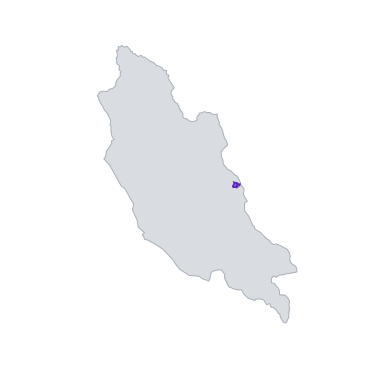 location of Zu'unburen, Selenge, Mongolia, rotated 54°
{"feature_id": "93677404B25826466624869", "entity_name": "Zu'unburen", "entity_type": "district", "adm_level": 2, "iso_a3": "MNG", "parent_name": "Mongolia", "parent_adm1": "Selenge", "projection": "robinson", "projection_center": [106.008, 49.971], "detail": "fine", "context": "in_parent", "style": "filled", "palette": "violet", "viewbox_px": 384, "rotation_deg": 54, "n_neighbors": 0, "source": "geoboundaries", "source_scale": "gbopen_adm2", "svg_char_len": 5059}
<svg xmlns="http://www.w3.org/2000/svg" viewBox="0 0 384 384"><g transform="rotate(54 192 192)"><path d="M32.2,162.5L33.4,162.5L35.3,161.3L35.7,159.7L36.3,158.8L40.7,158.4L42.6,158.9L43.0,157.9L43.4,157.7L44.4,158.6L45.4,158.2L46.2,157.8L46.9,156.6L48.4,156.8L51.1,155.5L51.2,153.2L52.2,152.6L54.5,152.2L54.9,151.1L55.4,150.8L57.1,150.5L60.1,149.3L61.5,149.2L62.6,148.2L65.3,146.8L69.3,146.2L69.6,145.5L73.3,143.4L77.1,143.3L78.3,141.5L78.9,141.3L81.4,143.5L82.5,143.2L83.0,142.4L84.6,142.4L85.1,143.9L86.0,144.5L97.2,145.1L97.5,145.7L98.0,149.2L99.9,150.9L100.4,151.7L103.5,151.4L105.2,152.8L107.9,152.7L109.2,153.1L111.9,151.8L112.6,151.8L113.3,152.5L114.7,152.0L117.1,153.2L119.0,153.0L119.8,153.5L121.0,153.1L123.7,153.4L125.8,155.3L127.3,155.2L129.1,153.9L129.7,153.1L132.3,152.6L133.8,151.8L134.8,151.0L136.4,148.2L136.8,145.4L135.5,145.0L134.4,144.0L133.8,142.5L133.8,141.4L132.6,139.8L132.8,139.0L133.6,137.6L134.0,135.4L135.0,134.1L136.8,133.4L137.0,132.5L138.2,130.8L141.1,129.8L142.7,127.9L143.7,125.9L145.0,126.9L148.6,128.3L151.6,128.9L153.5,130.3L158.8,130.7L167.6,134.1L169.5,133.9L174.7,135.3L175.2,135.8L175.1,138.3L175.5,139.0L175.6,141.7L176.6,143.1L176.2,144.8L176.7,145.3L178.0,145.5L180.1,147.2L184.8,148.4L186.2,149.5L189.4,150.3L191.1,149.8L193.8,150.1L194.8,149.9L196.5,148.6L197.6,148.2L203.8,147.2L205.5,146.3L206.7,146.1L211.5,147.0L214.9,148.2L219.7,148.1L222.0,149.5L223.0,150.9L224.9,152.1L231.6,152.6L232.0,152.9L231.9,155.8L232.2,156.3L236.6,159.5L238.6,160.5L244.8,160.3L254.4,162.4L256.7,161.8L258.7,162.8L259.5,162.7L265.6,160.1L266.5,160.2L273.0,159.2L277.0,157.8L280.1,157.9L282.5,156.8L283.5,154.5L287.5,151.9L294.5,148.6L298.9,149.1L301.5,150.3L304.3,152.6L305.9,153.3L308.7,153.5L312.8,151.8L314.9,152.2L316.9,153.0L318.3,154.2L312.5,166.5L312.5,167.3L310.6,169.8L310.4,174.0L307.9,175.4L308.3,177.8L309.0,178.7L311.9,181.0L312.8,180.7L313.6,179.7L315.1,178.9L318.0,179.1L320.4,178.7L323.6,179.5L326.5,181.5L330.4,177.2L334.2,176.7L337.7,177.3L340.5,180.1L343.8,181.4L344.7,183.1L346.1,183.7L346.5,184.5L350.6,187.8L351.5,189.9L352.7,191.4L352.8,193.0L352.6,193.8L351.0,194.6L345.5,194.2L342.2,192.7L341.0,193.5L336.8,193.2L334.5,193.8L332.9,194.4L332.0,195.5L331.2,195.7L330.5,195.7L329.2,194.8L328.1,194.8L327.8,195.0L327.2,197.7L323.7,197.7L322.4,197.3L319.5,198.6L319.1,199.6L317.6,201.0L316.2,203.6L316.6,204.8L316.2,205.5L313.6,206.9L311.1,209.0L305.9,209.9L303.4,210.0L301.6,209.5L299.8,209.9L298.4,212.2L295.1,215.1L290.2,218.0L281.1,216.3L280.0,215.8L278.0,214.0L272.8,214.0L271.3,215.2L270.1,217.0L268.0,222.8L270.1,226.1L272.6,228.3L273.6,229.9L273.6,231.2L272.0,231.8L269.7,233.9L264.2,235.9L258.1,243.1L247.3,247.4L240.5,247.7L235.2,247.3L220.7,249.3L211.3,253.0L204.4,256.3L202.9,257.9L202.1,258.1L200.9,257.5L197.1,257.3L197.1,254.5L189.0,256.1L182.4,252.9L172.9,251.0L171.0,250.2L167.9,246.6L166.2,246.1L162.0,245.9L150.6,244.3L145.2,245.7L122.0,242.9L113.4,243.8L113.1,243.5L112.7,241.1L108.9,237.6L108.3,236.7L108.2,235.4L105.3,228.1L103.3,227.0L103.7,224.0L100.6,224.2L97.2,223.0L93.8,220.9L92.2,219.3L89.7,218.9L86.8,216.0L85.4,215.5L78.1,214.3L74.3,214.7L70.4,213.9L65.9,213.8L64.4,213.2L63.1,213.3L60.5,212.0L58.8,212.3L56.9,208.2L57.6,205.6L58.6,204.1L60.8,201.8L60.9,200.9L60.2,198.8L61.6,195.1L61.4,192.8L60.4,190.2L58.9,189.6L57.0,186.1L56.5,183.3L55.7,181.4L53.5,180.3L52.9,178.6L52.2,178.5L51.7,179.0L50.3,179.3L49.0,178.2L48.3,177.0L47.5,176.7L46.0,176.8L44.7,177.3L43.2,177.1L42.0,176.0L38.7,174.3L38.7,173.1L38.3,172.3L37.3,172.0L36.4,171.2L33.2,170.1L33.1,169.5L34.1,168.2L32.0,167.1L31.2,166.0L32.6,164.5L32.2,163.5L32.2,162.5Z" fill="#d9dde1" stroke="#a8b0b8" stroke-width="1"/><path d="M208.8,152.3L209.1,152.4L209.2,152.7L209.6,152.9L210.0,153.1L210.2,153.4L210.5,154.0L210.7,154.5L211.0,155.1L211.3,155.0L211.5,155.6L211.7,155.8L211.8,155.7L212.0,155.7L211.9,155.7L212.0,155.5L212.3,155.6L212.3,155.4L212.5,155.4L212.7,155.2L212.8,155.2L213.0,154.9L213.0,154.7L213.0,154.8L213.1,154.7L213.3,154.5L213.3,154.4L213.2,154.4L213.3,154.4L213.5,154.2L213.7,153.9L213.8,153.9L213.9,153.7L214.0,153.7L213.9,153.7L214.0,153.6L214.2,153.4L214.3,153.4L214.3,153.2L214.2,153.2L214.1,152.9L213.9,152.8L214.0,152.8L213.9,152.7L214.0,152.7L213.9,152.7L213.9,152.4L214.0,152.4L213.9,152.3L214.0,152.2L213.9,152.2L214.0,152.0L214.0,151.9L213.9,151.9L214.0,151.8L213.9,151.8L213.8,151.7L213.7,151.6L212.9,151.1L213.3,150.3L213.3,150.2L213.5,150.1L213.7,149.9L213.8,149.9L214.6,149.8L214.6,149.7L214.5,149.4L214.5,149.2L214.4,149.0L214.3,148.9L214.2,148.9L214.2,149.0L214.1,148.9L213.9,148.9L213.9,149.0L213.8,148.9L213.8,149.0L213.7,149.1L213.6,149.3L213.4,149.3L213.2,149.4L213.3,149.5L213.2,149.5L213.0,149.8L212.9,149.8L212.7,149.9L212.7,150.0L212.4,150.1L212.2,150.2L211.9,150.1L211.7,150.1L211.4,150.1L211.3,150.3L211.2,150.3L210.9,150.4L210.9,150.5L210.7,150.7L210.5,150.8L210.5,151.0L210.6,151.3L210.4,151.4L210.4,151.5L210.1,151.7L210.0,151.8L209.9,151.8L209.7,151.8L209.5,152.0L209.4,152.1L209.2,152.1L208.8,152.3L208.8,152.3Z" fill="#8b5cf6" stroke="#5b21b6" stroke-width="1.5"/></g></svg>